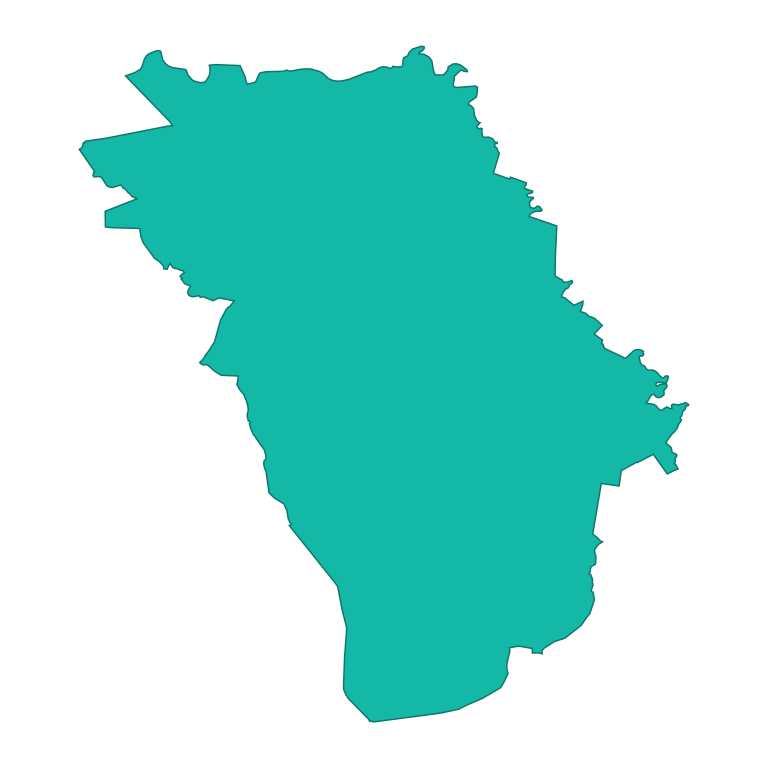 Cociuba Mare, Bihor, Romania (Robinson projection)
{"feature_id": "2599482B9172762662109", "entity_name": "Cociuba Mare", "entity_type": "district", "adm_level": 2, "iso_a3": "ROU", "parent_name": "Romania", "parent_adm1": "Bihor", "projection": "robinson", "projection_center": [22.04, 46.715], "detail": "fine", "context": "isolated", "style": "filled", "palette": "teal", "viewbox_px": 768, "rotation_deg": 0, "n_neighbors": 0, "source": "geoboundaries", "source_scale": "gbopen_adm2", "svg_char_len": 6010}
<svg xmlns="http://www.w3.org/2000/svg" viewBox="0 0 768 768"><path d="M678.1,469.0L675.7,464.5L674.3,463.4L675.4,461.6L675.4,460.8L674.7,459.1L676.5,456.6L676.8,455.5L676.4,454.4L672.0,452.3L671.3,447.8L665.7,442.7L672.1,433.8L673.9,432.4L676.9,428.7L679.0,423.6L681.3,420.8L681.4,420.3L680.1,417.8L681.8,415.4L682.5,411.6L684.0,410.5L685.3,408.8L685.9,406.0L688.1,405.7L688.7,404.6L685.4,402.5L682.6,404.0L680.6,404.0L679.2,404.9L672.9,404.2L671.9,404.7L671.5,405.8L671.9,408.6L669.8,408.5L666.9,406.9L663.9,408.6L662.4,410.4L661.7,410.4L658.7,409.2L656.4,406.1L653.6,404.3L646.3,403.2L646.3,402.4L648.0,400.9L649.1,398.4L651.0,395.7L652.7,394.3L654.2,394.5L656.0,396.9L658.4,397.6L660.8,397.1L663.9,394.9L664.1,393.4L663.7,390.5L665.6,388.8L666.9,386.6L667.1,385.8L666.6,384.7L665.8,383.9L660.2,384.3L657.2,386.1L656.3,385.8L655.8,384.0L656.8,382.7L661.1,382.0L664.0,383.1L666.4,382.8L668.5,377.3L668.1,376.1L665.6,375.9L663.4,378.0L662.5,377.9L659.5,375.5L657.6,373.0L655.1,371.0L652.4,370.0L648.2,370.2L646.7,369.2L644.4,366.0L641.4,364.6L640.1,361.8L640.0,360.4L638.9,357.3L640.1,356.2L642.5,355.9L643.6,354.7L643.7,354.0L642.6,351.6L643.2,351.3L641.2,350.0L637.6,349.4L634.6,350.3L632.9,351.4L625.5,358.4L604.2,348.2L603.3,344.8L602.8,344.0L601.5,343.6L602.5,340.1L594.1,334.0L602.3,325.4L594.9,318.6L591.1,316.8L589.4,316.6L585.7,313.3L580.4,311.5L582.7,304.9L583.0,301.2L573.9,305.3L564.5,297.6L561.6,297.1L562.0,294.7L563.5,291.8L565.8,288.9L568.1,288.0L569.5,285.2L572.0,283.1L572.6,282.1L571.9,280.5L567.6,282.0L564.3,282.5L563.0,281.6L561.9,279.6L559.9,278.9L555.0,275.9L555.4,255.8L556.8,226.0L529.2,216.5L530.2,214.3L531.7,212.9L535.6,211.3L540.7,211.2L541.8,210.5L542.0,209.9L540.0,207.1L538.2,206.1L537.0,206.3L534.2,208.5L530.4,207.3L529.7,205.2L529.6,201.7L533.2,198.5L533.3,197.4L529.0,197.2L527.4,196.5L526.8,195.5L527.5,194.3L528.5,193.8L532.5,192.6L532.6,191.1L525.0,188.7L524.5,188.0L524.7,186.6L526.0,185.2L526.4,182.9L510.5,177.2L509.4,179.0L493.3,173.3L499.3,153.3L497.9,151.2L497.3,148.9L495.6,146.7L494.3,146.5L494.9,144.1L497.2,143.3L497.4,142.4L495.2,142.2L494.3,141.5L493.1,139.1L490.6,137.8L488.5,137.1L484.0,137.3L482.6,136.8L482.2,133.2L481.5,131.0L482.2,129.6L482.0,128.7L481.2,128.3L479.0,128.8L477.1,127.7L477.0,126.2L480.1,122.7L478.9,122.5L476.6,120.3L474.4,115.1L473.6,108.8L472.9,107.6L470.6,105.4L468.4,104.7L469.1,102.1L476.1,97.2L477.1,94.1L477.3,87.1L475.5,86.0L456.8,87.5L455.0,87.2L453.9,86.5L453.0,84.9L454.1,80.2L454.3,76.3L460.0,70.8L461.1,70.1L464.4,71.4L467.4,71.6L466.8,69.7L460.6,65.1L456.7,63.8L453.4,63.9L448.2,66.8L447.9,69.6L444.4,74.1L443.1,74.8L440.7,75.2L434.9,74.6L433.3,69.9L431.9,61.1L430.1,58.4L428.9,57.1L424.7,54.6L422.7,54.0L419.1,54.3L418.9,52.4L420.0,52.3L422.2,50.9L424.0,49.0L424.2,47.0L421.8,46.1L412.6,49.0L409.9,51.6L408.7,53.2L407.7,55.9L403.7,57.8L403.0,60.3L402.9,64.9L402.2,66.2L400.9,66.9L395.2,66.9L393.0,66.2L391.2,68.5L385.6,66.9L381.9,66.9L379.1,67.9L375.5,70.1L370.9,71.8L367.0,72.3L348.8,79.4L341.4,81.0L336.4,81.1L332.3,80.3L328.8,78.8L322.6,73.2L319.2,71.4L310.9,69.0L305.8,68.9L301.2,69.2L290.8,71.1L288.6,70.9L286.8,70.1L283.1,71.3L266.3,71.7L261.9,72.5L259.5,73.3L255.5,82.1L247.9,84.1L247.3,83.8L246.3,82.0L245.6,79.9L245.5,77.7L240.0,65.6L215.7,64.6L209.3,65.2L210.1,68.7L209.9,73.3L209.0,76.0L206.2,80.7L205.2,81.8L202.8,82.6L199.8,82.6L195.3,81.4L193.0,80.5L191.8,79.5L187.9,74.8L186.1,70.0L185.2,69.5L172.5,67.6L168.3,65.9L165.2,63.3L162.7,59.8L160.9,51.9L160.0,50.8L157.3,50.6L150.4,53.1L148.2,54.3L145.9,56.5L144.5,59.0L142.1,66.3L140.5,69.1L135.1,72.5L125.5,75.9L169.4,121.2L172.7,125.6L167.5,126.2L105.1,138.4L85.2,141.2L84.9,142.7L83.4,142.7L82.1,147.5L79.3,149.4L94.6,171.5L94.4,172.3L93.6,172.6L93.4,174.6L92.9,175.6L93.9,176.7L95.6,177.0L97.7,176.4L100.6,177.0L101.9,177.9L106.2,184.8L107.3,186.0L109.6,187.1L112.8,187.4L120.8,185.0L122.1,186.3L122.9,187.9L126.0,189.7L128.0,192.6L130.1,193.9L131.6,196.2L137.0,198.8L105.2,211.3L105.4,227.0L110.8,227.6L139.7,228.5L141.2,237.4L143.3,242.9L154.6,258.4L159.5,261.8L163.2,265.7L163.9,267.6L163.7,268.8L167.2,269.2L167.9,267.3L170.1,263.4L172.7,267.5L175.0,268.5L177.0,268.6L180.6,270.3L182.9,270.7L184.4,272.5L182.2,274.0L180.1,276.3L182.1,278.6L181.3,279.3L183.2,281.3L184.1,283.2L185.8,284.3L189.5,285.4L190.2,286.3L188.5,289.7L187.7,292.8L188.5,294.8L190.2,296.1L193.3,296.8L198.9,295.7L200.3,297.3L202.7,296.8L204.1,297.1L213.0,300.7L219.1,297.9L234.2,300.8L229.9,306.4L228.0,307.3L226.1,309.6L220.5,320.2L214.6,341.6L209.5,349.8L205.2,355.6L203.9,358.2L199.8,362.6L200.6,363.7L202.0,364.0L202.4,364.7L203.3,365.0L207.0,364.5L214.2,370.8L219.9,374.6L221.8,375.3L238.2,376.0L238.1,378.8L236.9,384.5L239.7,389.7L243.7,394.3L246.4,400.8L247.8,405.8L248.3,410.1L247.2,414.5L247.3,416.6L248.3,420.8L250.1,421.6L250.3,422.0L250.2,422.6L249.3,423.4L250.8,428.6L253.4,434.7L255.3,436.4L255.7,437.8L264.2,449.7L265.8,455.1L266.0,459.0L264.3,460.5L263.7,463.1L264.1,466.4L266.2,472.3L269.0,492.7L273.9,497.6L284.1,504.1L287.0,511.0L288.2,518.6L291.2,525.0L289.3,525.6L334.7,582.3L337.8,586.7L342.1,609.7L346.2,625.7L346.6,628.5L346.4,633.5L344.6,656.6L343.5,686.7L343.9,690.1L346.0,694.8L348.5,698.7L368.5,719.1L369.7,721.4L370.8,721.0L373.8,721.9L441.1,713.0L458.5,709.2L466.1,705.4L482.3,698.4L500.2,688.0L501.0,687.1L504.1,681.8L508.0,673.7L506.9,669.0L506.7,665.6L507.9,659.2L509.8,651.6L509.7,649.1L509.3,647.8L517.5,646.3L520.1,646.3L532.3,648.5L532.4,653.0L539.0,652.9L542.1,653.8L542.0,650.5L544.5,647.9L554.5,641.5L564.8,638.2L576.7,628.9L581.5,625.0L586.1,618.1L589.8,613.7L594.4,599.8L593.2,592.3L591.4,591.5L591.5,589.4L593.0,585.3L592.7,583.1L592.2,582.6L592.6,580.3L592.1,579.4L592.3,578.0L591.1,576.5L591.0,574.9L589.2,573.7L589.0,573.2L589.9,572.2L590.9,566.8L595.3,564.2L595.7,562.5L595.9,556.1L594.7,552.6L594.6,549.5L598.3,544.5L602.5,541.8L600.3,540.9L597.4,537.7L592.7,534.2L601.3,483.5L619.1,486.0L621.3,470.6L636.8,462.1L637.3,462.6L653.3,454.3L667.3,474.0L674.0,470.5L678.1,469.0Z" fill="#14b8a6" stroke="#0f766e" stroke-width="1.5"/></svg>